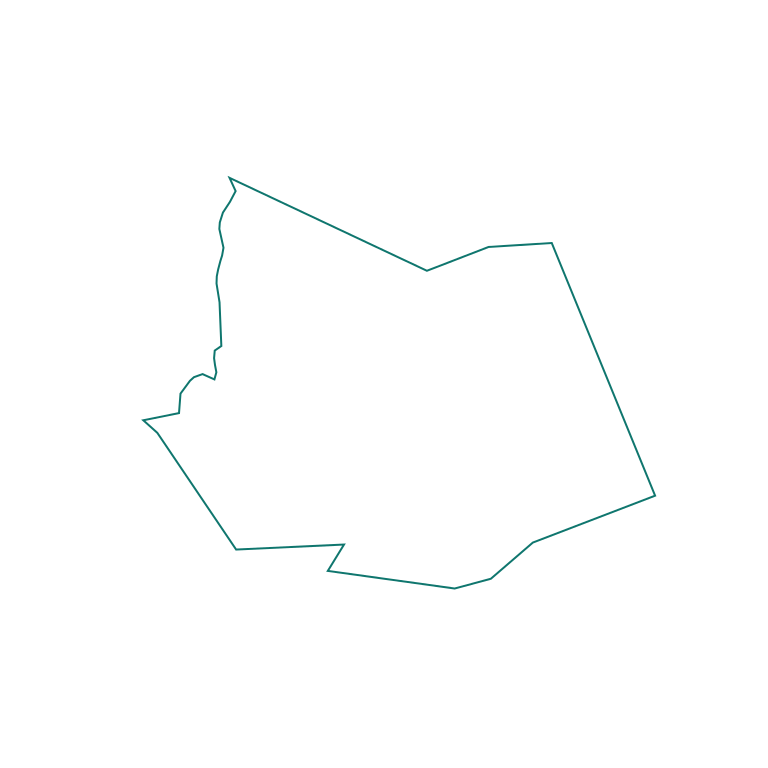 Paraú, Rio Grande do Norte, Brazil (Natural Earth projection), rotated 321°
{"feature_id": "56859067B96268545119008", "entity_name": "Paraú", "entity_type": "district", "adm_level": 2, "iso_a3": "BRA", "parent_name": "Brazil", "parent_adm1": "Rio Grande do Norte", "projection": "natural_earth1", "projection_center": [-37.138, -5.774], "detail": "fine", "context": "isolated", "style": "outline", "palette": "teal", "viewbox_px": 768, "rotation_deg": 321, "n_neighbors": 0, "source": "geoboundaries", "source_scale": "gbopen_adm2", "svg_char_len": 634}
<svg xmlns="http://www.w3.org/2000/svg" viewBox="0 0 768 768"><g transform="rotate(321 384 384)"><path d="M393.7,126.6L390.1,140.7L378.9,145.5L366.7,149.4L358.1,155.1L353.6,159.9L345.0,177.1L339.0,182.3L334.3,185.4L327.2,190.6L321.8,195.1L317.1,200.5L307.6,217.0L281.5,252.1L273.5,251.5L268.2,257.0L264.6,262.9L261.1,269.4L255.1,273.7L249.2,262.1L240.6,259.1L235.2,259.4L219.8,263.4L206.4,277.6L174.1,260.7L177.1,279.3L164.9,419.6L251.9,483.6L222.7,493.9L310.2,587.4L344.5,602.6L399.9,600.9L524.4,641.4L603.1,380.0L551.5,343.3L496.9,325.7L488.6,323.0L474.1,293.0L393.7,126.6Z" fill="none" stroke="#0f766e" stroke-width="2"/></g></svg>